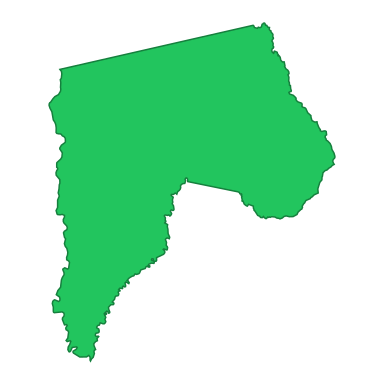 Formoso do Araguaia, Tocantins, Brazil
{"feature_id": "56859067B90509409067575", "entity_name": "Formoso do Araguaia", "entity_type": "district", "adm_level": 2, "iso_a3": "BRA", "parent_name": "Brazil", "parent_adm1": "Tocantins", "projection": "natural_earth1", "projection_center": [-50.052, -12.12], "detail": "fine", "context": "isolated", "style": "filled", "palette": "green", "viewbox_px": 384, "rotation_deg": 0, "n_neighbors": 0, "source": "geoboundaries", "source_scale": "gbopen_adm2", "svg_char_len": 5879}
<svg xmlns="http://www.w3.org/2000/svg" viewBox="0 0 384 384"><path d="M307.7,112.7L305.8,108.5L304.8,107.7L303.2,107.4L302.0,106.6L302.1,104.1L301.6,103.2L298.0,101.9L296.8,100.9L295.8,99.2L296.1,98.5L295.8,97.7L293.3,95.3L289.6,94.0L288.9,92.5L289.3,92.0L291.1,91.5L291.3,90.6L290.7,88.8L290.4,85.5L289.5,85.2L289.3,82.2L288.7,81.5L288.9,77.3L288.0,74.7L289.0,73.7L288.8,71.9L287.8,70.2L286.0,68.9L284.6,66.6L285.0,66.0L284.2,61.9L282.4,61.9L280.8,60.3L280.2,57.3L279.3,55.9L278.2,55.9L277.9,55.3L278.3,54.7L277.4,53.6L277.2,52.3L274.6,51.1L274.1,51.4L274.0,52.8L273.6,53.3L272.4,52.3L271.7,50.8L272.1,49.1L272.5,48.4L273.2,48.2L273.7,47.0L272.9,45.4L273.2,43.8L272.6,42.0L272.0,41.5L272.1,40.2L273.4,38.5L273.3,37.6L272.8,37.0L272.9,34.3L271.1,32.0L270.8,30.7L270.0,30.5L269.5,29.8L269.2,29.1L269.5,27.5L267.9,27.2L266.7,25.3L265.6,25.3L264.9,23.4L264.2,23.0L263.3,23.3L262.8,24.1L262.1,24.3L261.4,26.9L260.0,27.7L258.3,27.2L257.4,28.3L254.4,27.5L253.9,26.0L253.1,25.3L59.9,69.4L60.8,70.7L61.4,71.0L61.8,73.9L61.3,78.4L60.3,79.6L60.8,82.7L60.5,87.3L60.8,89.1L60.5,91.2L58.5,94.6L54.9,96.6L53.0,98.7L50.6,102.2L49.7,102.8L49.2,103.9L49.1,105.4L50.0,108.2L51.9,111.8L53.3,119.9L54.9,122.3L55.8,124.8L56.2,127.9L56.1,132.5L56.8,133.4L59.0,133.9L60.2,133.8L61.3,134.4L62.3,135.8L64.2,136.8L65.3,138.4L65.4,141.5L65.1,142.5L61.4,145.2L59.8,148.0L59.8,149.0L62.3,152.8L61.9,157.1L60.7,159.1L56.9,162.6L56.7,163.7L56.7,167.3L57.6,168.0L57.7,169.2L56.7,170.6L56.0,172.8L56.2,175.2L59.8,179.6L59.9,183.1L59.3,184.7L59.0,188.9L58.2,192.9L59.3,196.0L57.6,200.1L57.6,207.5L56.1,210.6L57.1,214.1L57.7,214.6L60.1,214.8L62.2,214.4L64.5,215.4L64.4,217.2L63.3,219.4L63.3,221.5L64.0,223.1L66.7,225.9L67.3,227.6L66.9,229.6L64.3,231.3L63.5,232.8L64.5,237.4L65.6,238.8L64.4,243.7L65.3,246.4L66.8,248.3L67.8,252.2L67.5,255.0L66.6,257.4L66.7,259.8L68.7,261.0L69.5,262.5L68.6,268.2L67.7,269.1L64.8,267.8L63.0,268.9L62.8,269.7L64.0,272.6L64.1,274.6L62.3,277.6L61.4,280.0L60.6,287.2L57.9,290.5L56.3,294.7L59.5,297.0L60.0,298.9L59.8,300.5L58.7,301.5L54.7,299.8L53.4,300.5L52.7,301.6L52.3,303.6L53.3,307.0L53.3,311.3L53.6,312.3L54.3,312.7L62.1,311.9L63.8,313.0L64.2,314.2L64.0,316.0L62.5,318.0L62.4,319.5L64.5,324.9L66.6,324.6L67.2,325.5L65.9,327.7L65.8,328.7L66.2,329.8L67.7,330.6L68.6,332.0L67.8,338.1L66.1,340.5L67.2,341.6L70.1,340.7L70.8,341.3L69.7,344.5L68.2,347.0L67.9,349.7L68.9,351.7L69.7,351.9L70.6,351.0L72.3,347.4L76.6,346.9L77.2,347.4L76.3,349.2L73.1,351.2L73.0,352.2L73.5,353.1L79.8,357.0L86.6,356.9L88.8,355.4L90.1,357.2L90.1,360.2L90.5,361.0L91.5,359.0L93.2,357.3L94.4,353.4L93.9,351.9L94.4,350.2L95.6,349.6L94.0,345.6L93.8,343.7L95.6,341.6L97.4,340.7L97.0,338.4L98.7,336.6L98.1,336.1L96.8,336.4L95.7,336.1L95.3,335.3L95.5,334.0L96.0,333.2L98.0,332.9L98.9,332.3L99.2,331.1L98.8,329.1L96.7,327.8L96.9,326.5L98.0,325.4L99.4,325.1L100.2,322.8L103.0,323.8L104.2,323.8L105.2,322.9L105.8,321.7L104.9,319.2L105.8,317.4L104.9,315.4L105.2,314.8L106.4,314.2L106.6,313.4L105.7,312.8L104.5,314.6L104.2,313.6L106.8,311.1L107.7,311.6L108.7,313.2L109.5,312.9L109.8,312.1L108.7,309.2L108.5,307.2L110.7,304.8L113.4,304.6L113.9,303.8L113.8,303.0L112.3,302.0L114.6,299.2L115.0,297.2L115.8,296.1L118.0,295.7L118.6,294.9L118.8,293.7L118.2,292.5L118.5,291.2L119.9,291.0L120.0,290.3L118.7,289.4L120.0,288.1L122.4,288.6L122.7,288.0L122.4,287.2L122.7,286.4L123.4,286.1L124.5,286.9L125.5,286.7L125.7,285.8L125.0,283.0L125.9,282.0L128.8,283.6L129.2,282.7L128.0,280.7L127.1,280.5L128.7,278.4L130.1,277.4L132.4,276.1L133.7,275.9L135.1,273.9L136.6,274.4L138.8,273.7L139.6,272.9L140.8,269.9L145.2,268.5L146.0,266.8L146.8,266.4L149.1,267.2L149.8,266.8L149.7,265.8L148.2,265.4L148.9,264.2L151.6,263.1L153.8,263.4L154.3,262.8L153.9,261.2L156.0,261.3L156.6,260.5L156.6,257.6L163.6,254.3L164.8,252.7L164.7,251.1L163.2,249.4L163.8,248.9L166.9,250.0L167.3,249.4L167.6,247.6L167.2,246.5L166.2,245.4L166.5,242.3L165.4,239.6L165.7,238.9L167.1,237.9L169.3,238.7L169.7,237.2L168.1,233.6L167.9,229.2L167.3,226.7L167.6,224.6L164.7,222.9L165.0,222.3L165.7,221.9L165.9,221.1L165.2,220.4L165.4,217.9L164.3,215.9L164.8,215.2L165.6,215.0L167.6,215.4L168.8,214.9L169.8,216.0L170.5,215.7L171.4,214.4L171.6,213.5L170.4,211.2L170.7,210.4L171.5,209.9L172.9,210.5L173.6,210.2L174.0,209.3L173.5,205.8L172.2,203.7L172.8,202.1L172.4,200.0L173.2,197.2L171.4,195.7L171.1,195.1L171.4,194.4L173.6,194.4L174.9,193.2L175.6,193.2L176.8,194.2L177.7,191.6L179.2,190.5L180.2,189.2L180.7,187.7L180.5,185.8L181.0,185.0L182.5,183.7L184.8,183.4L185.6,180.8L185.0,179.2L186.1,177.9L186.9,178.1L187.5,178.9L187.8,181.6L237.8,191.8L239.3,192.4L239.8,193.7L240.5,194.1L241.2,193.8L241.7,194.3L241.2,195.6L242.0,196.2L241.6,197.1L242.2,199.7L242.0,200.6L242.2,201.2L243.0,201.1L244.3,204.2L246.4,205.8L247.4,206.1L248.6,204.3L253.3,206.1L253.4,208.2L254.0,209.4L254.0,210.2L255.1,211.3L257.7,215.4L260.0,216.4L260.4,217.4L261.3,217.6L262.5,217.6L263.4,216.5L264.5,217.8L265.8,218.6L266.5,218.5L267.8,217.0L268.7,217.4L269.4,216.9L270.2,217.3L271.7,216.7L274.9,217.0L276.9,218.1L278.7,218.3L280.0,218.9L282.3,218.0L284.0,216.5L286.1,215.9L289.3,216.7L293.1,216.6L297.0,214.5L298.0,212.2L301.1,209.3L301.7,209.2L302.5,207.3L302.2,206.3L302.5,205.7L304.0,203.3L304.5,203.1L305.9,200.5L310.3,198.6L310.8,197.6L312.1,196.9L314.2,194.8L318.2,193.0L317.8,188.9L319.8,182.4L321.9,179.9L322.0,177.1L322.4,176.4L323.0,172.7L325.1,170.6L327.0,170.0L329.1,168.0L330.9,167.0L332.3,165.4L334.2,164.4L333.3,162.9L332.7,161.0L333.3,159.5L334.8,157.8L334.9,156.3L334.0,153.1L331.9,149.4L331.4,146.4L330.1,143.5L327.6,140.9L326.4,140.3L325.9,138.5L325.1,137.4L325.3,135.8L326.6,134.8L326.2,131.5L325.5,131.0L324.2,130.9L321.7,131.5L320.3,130.7L320.3,129.6L318.9,127.6L317.3,123.6L317.0,121.8L314.8,122.1L312.0,120.6L311.0,117.2L310.9,115.6L307.7,112.7ZM153.3,260.8L151.9,260.6L151.4,259.9L152.0,258.7L153.3,259.0L153.3,260.8Z" fill="#22c55e" stroke="#15803d" stroke-width="1.5"/></svg>